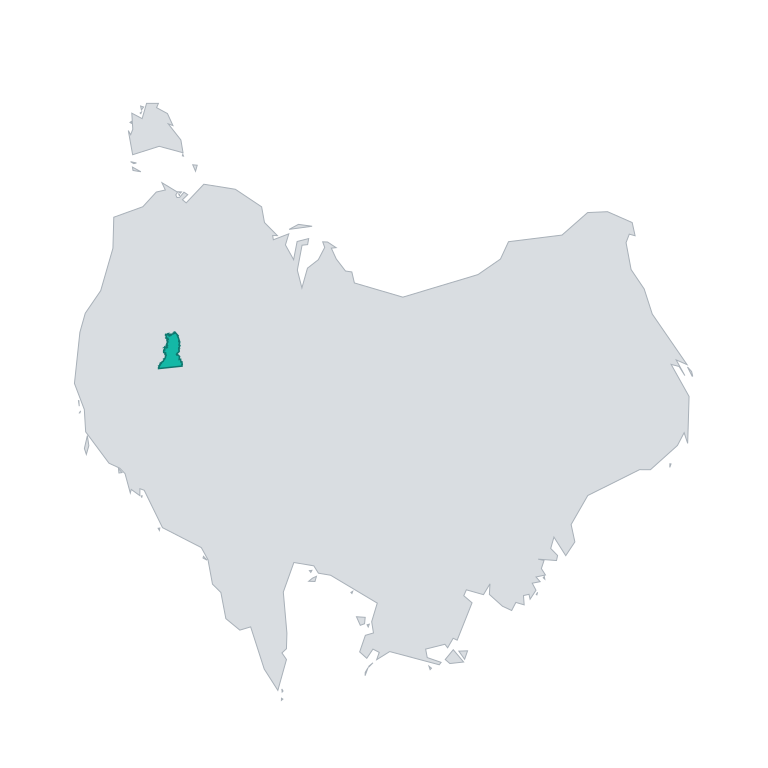 Brewarrina, New South Wales, Australia shown in context, rotated 174°
{"feature_id": "25037944B28138275471855", "entity_name": "Brewarrina", "entity_type": "district", "adm_level": 2, "iso_a3": "AUS", "parent_name": "Australia", "parent_adm1": "New South Wales", "projection": "natural_earth1", "projection_center": [147.252, -29.95], "detail": "fine", "context": "in_parent", "style": "filled", "palette": "teal", "viewbox_px": 768, "rotation_deg": 174, "n_neighbors": 0, "source": "geoboundaries", "source_scale": "gbopen_adm2", "svg_char_len": 7481}
<svg xmlns="http://www.w3.org/2000/svg" viewBox="0 0 768 768"><g transform="rotate(174 384 384)"><path d="M532.9,113.0L542.0,156.4L553.1,154.3L565.8,167.2L568.0,193.7L575.5,202.9L577.4,227.6L582.8,240.4L619.3,264.3L633.6,303.4L637.7,305.4L638.5,298.5L646.4,305.6L647.7,302.1L650.9,321.9L655.6,327.9L665.8,334.0L685.7,367.6L684.7,390.0L691.8,416.9L681.0,467.3L673.7,485.6L656.0,506.4L639.4,547.3L635.3,578.1L605.3,585.5L590.4,598.7L581.2,599.8L583.8,607.4L569.3,596.4L571.3,593.8L570.4,591.1L567.7,591.0L562.9,595.7L559.4,592.8L565.2,588.3L561.8,584.8L542.3,601.5L511.5,593.2L487.2,573.0L486.0,557.1L474.5,542.7L479.2,543.3L479.0,539.0L463.0,543.3L467.5,532.6L460.9,517.1L455.5,534.8L443.7,536.5L445.4,530.6L451.0,530.6L458.3,506.3L455.6,488.1L448.0,507.2L436.3,514.5L428.7,526.0L430.1,531.8L425.3,531.1L417.4,524.6L422.2,524.6L418.4,513.3L410.5,500.4L404.3,498.8L402.9,487.6L356.2,468.4L279.1,483.0L255.1,496.1L245.3,512.5L191.4,513.5L163.6,533.2L143.7,532.0L120.3,518.6L118.8,505.2L124.4,507.4L128.5,499.3L126.3,472.0L115.3,451.3L109.9,425.5L80.6,371.6L90.9,377.4L83.9,360.9L88.7,370.6L96.4,373.5L81.9,339.7L88.2,293.2L90.6,304.2L98.6,292.2L128.0,270.9L138.8,272.1L193.0,251.8L212.6,224.7L210.7,207.0L221.2,194.3L231.0,214.0L235.4,203.0L229.3,195.3L230.9,190.4L249.0,193.7L243.3,191.8L246.8,184.0L243.4,177.2L253.0,176.2L249.4,171.1L257.4,170.4L254.4,163.0L261.2,154.7L261.8,159.7L267.4,159.0L267.7,149.7L275.7,153.0L280.7,145.4L289.4,150.6L301.2,163.7L299.5,174.2L307.1,164.1L323.6,170.7L326.8,165.1L319.3,157.2L338.0,121.6L341.8,123.9L348.3,115.0L350.6,118.8L370.3,116.0L369.6,107.4L356.3,101.2L358.4,99.0L406.3,117.3L420.1,110.6L416.8,117.6L422.7,121.5L429.8,113.0L436.2,120.1L428.8,136.0L420.5,137.5L421.1,148.9L413.6,166.8L457.1,199.4L469.0,202.7L472.8,210.5L492.3,215.9L505.9,187.6L506.6,146.4L508.7,130.9L513.6,127.2L509.8,120.2L521.6,90.4L532.9,113.0ZM559.7,635.0L582.8,643.9L610.0,638.3L611.8,662.8L609.9,658.4L607.2,663.6L606.5,679.7L596.8,673.2L590.8,687.9L579.0,686.7L581.3,682.6L571.1,675.6L566.9,663.1L571.4,665.3L560.5,647.9L559.7,635.0ZM333.9,99.2L347.7,99.1L351.9,103.6L342.9,112.5L333.9,99.2ZM439.0,548.4L462.2,547.7L452.4,551.7L439.0,548.4ZM432.8,146.5L435.7,155.4L427.1,153.9L428.4,147.6L432.8,146.5ZM684.4,363.7L684.0,353.5L687.4,345.1L688.7,351.2L684.4,363.7ZM603.6,620.5L611.3,622.6L611.5,626.0L603.6,620.5ZM332.6,101.8L337.5,110.5L328.8,109.9L332.6,101.8ZM551.3,622.0L546.9,621.1L549.2,615.3L551.3,622.0ZM479.5,195.7L475.4,198.4L471.3,199.8L473.3,194.8L479.5,195.7ZM80.4,369.2L76.8,364.3L76.2,359.7L76.7,359.5L80.4,369.2ZM609.8,629.3L612.8,631.6L607.1,629.7L609.8,629.3ZM653.8,323.3L656.9,323.2L656.9,327.7L653.8,323.3ZM578.4,227.3L582.2,229.9L581.5,231.5L578.4,227.3ZM596.6,681.9L597.0,685.9L594.1,684.6L596.6,681.9ZM689.4,393.8L689.6,399.4L689.2,399.3L689.4,393.8ZM368.8,98.7L366.5,96.4L368.0,95.1L368.8,98.7ZM432.8,99.2L429.5,103.6L433.3,95.9L432.8,99.2ZM690.0,387.1L688.5,389.0L689.5,387.0L690.0,387.1ZM438.7,180.2L436.8,181.1L437.8,179.0L438.7,180.2ZM426.0,146.3L423.7,146.7L425.1,144.0L426.0,146.3ZM108.5,271.2L108.0,274.8L106.9,274.5L108.5,271.2ZM517.5,88.3L517.5,91.4L516.5,89.2L517.5,88.3ZM567.7,592.4L568.3,594.3L567.5,593.7L567.7,592.4ZM428.6,104.9L424.1,107.9L428.7,104.1L428.6,104.9ZM254.6,158.7L253.0,160.8L254.0,158.3L254.6,158.7ZM598.2,679.0L596.8,679.8L597.6,678.3L598.2,679.0ZM477.7,206.2L475.2,206.2L476.5,204.3L477.7,206.2ZM245.9,174.7L244.7,175.9L244.5,173.1L245.9,174.7ZM609.3,670.7L607.3,671.8L607.9,669.6L609.3,670.7ZM519.1,80.1L518.8,82.2L517.5,81.2L519.1,80.1ZM566.6,595.0L568.6,596.7L565.3,596.2L566.6,595.0ZM623.7,264.1L622.0,264.2L622.7,261.8L623.7,264.1ZM637.1,298.1L636.2,298.1L636.8,296.3L637.1,298.1ZM560.7,632.0L560.1,633.5L559.6,631.6L560.7,632.0Z" fill="#d9dde1" stroke="#a8b0b8" stroke-width="1"/><path d="M594.8,456.1L596.0,456.2L596.1,455.8L596.1,455.6L596.2,455.4L596.0,455.2L596.0,454.9L596.0,454.7L596.0,454.8L595.8,454.6L595.7,454.6L595.7,454.4L595.5,454.2L595.6,453.9L595.6,453.7L595.6,453.4L595.6,453.2L595.5,452.9L595.5,452.7L595.4,452.7L595.5,452.7L595.4,452.6L595.5,452.5L595.4,452.5L595.5,452.5L595.5,452.4L595.4,452.3L594.2,452.1L593.9,450.8L595.2,451.0L595.2,450.8L595.2,450.7L595.2,450.4L595.1,450.2L595.2,449.9L595.0,449.7L594.8,449.6L595.0,449.6L594.9,449.4L595.0,449.3L595.0,449.2L594.9,449.1L595.0,448.9L594.9,449.0L595.0,448.9L594.9,448.8L595.0,448.8L595.0,448.7L595.0,448.4L595.2,448.2L595.2,447.8L595.1,447.7L595.3,447.4L595.4,447.2L595.5,447.1L595.4,447.0L595.4,446.9L595.5,446.8L595.4,446.8L595.5,446.8L595.5,446.7L595.5,446.4L595.6,446.2L595.7,445.9L595.6,445.6L595.8,445.7L596.0,445.5L596.0,445.4L595.9,445.2L596.0,445.1L595.9,445.0L596.0,445.0L595.9,444.7L596.0,444.7L595.9,444.6L596.0,444.4L596.0,444.5L596.0,444.4L596.1,444.1L596.0,443.9L596.0,443.7L596.1,443.8L596.1,443.6L596.3,443.5L596.2,443.4L596.3,443.4L596.4,443.5L596.4,443.3L596.6,443.4L596.6,443.6L596.8,443.5L597.0,443.4L597.0,443.2L597.1,443.3L597.3,443.4L597.4,443.6L597.5,443.6L597.9,443.7L598.0,443.7L598.3,443.5L598.3,443.3L598.4,443.5L598.5,443.3L598.7,443.2L598.2,443.1L598.5,441.1L598.6,440.8L598.6,440.7L599.5,440.8L599.8,439.4L599.7,439.1L599.8,438.4L599.0,438.3L599.0,438.2L598.6,438.1L598.7,437.9L598.4,437.3L598.4,437.2L598.1,437.2L598.3,436.9L598.7,437.0L598.8,436.8L598.7,436.6L598.5,436.4L598.6,436.1L598.1,436.0L597.9,435.7L597.6,435.5L597.6,435.4L597.7,435.2L597.9,435.1L598.0,434.9L598.4,434.1L598.5,434.0L598.6,433.9L598.5,433.4L598.6,433.2L598.8,433.0L598.8,432.9L598.9,432.7L599.0,432.5L599.1,432.4L599.1,432.5L599.3,432.4L599.4,432.2L599.6,432.1L599.6,431.9L599.8,431.9L599.7,431.8L599.7,431.7L599.8,431.6L600.0,431.4L600.1,431.2L600.7,430.9L600.7,430.7L600.8,430.4L600.9,430.1L601.1,429.7L601.3,429.7L601.5,429.5L601.7,429.4L601.8,429.4L602.2,429.3L602.3,429.3L602.5,429.2L602.7,428.8L602.9,428.6L603.0,428.5L603.0,428.3L603.1,428.2L603.4,428.0L603.4,427.9L603.6,428.0L603.8,428.1L604.0,428.2L604.0,427.8L604.4,427.5L604.4,427.4L604.5,427.5L604.6,427.4L604.7,427.2L604.8,427.1L604.9,426.7L605.0,426.6L605.0,426.4L604.9,426.4L604.8,426.2L605.0,426.0L605.1,425.9L605.2,425.6L605.3,425.5L605.5,425.5L605.4,425.4L605.6,425.2L605.7,424.9L605.8,425.0L605.9,424.9L606.0,425.0L606.4,423.7L606.5,423.7L606.6,422.9L583.0,422.9L583.0,424.5L582.6,424.5L582.7,427.2L583.1,427.2L583.7,427.2L583.7,429.9L585.2,429.8L584.7,431.9L584.4,432.7L586.1,434.7L586.6,434.5L586.5,434.4L586.8,434.3L587.0,434.4L587.1,434.7L587.1,434.9L587.3,435.3L587.1,435.5L586.8,435.8L586.6,435.8L586.6,436.0L586.4,436.2L586.2,436.3L586.1,436.5L585.8,436.6L585.7,436.7L585.5,436.8L585.4,436.9L585.3,437.0L585.2,437.0L585.0,437.3L584.9,437.3L584.7,437.4L584.7,437.5L584.4,437.8L584.4,438.0L584.2,438.1L584.3,439.4L584.2,439.8L584.3,439.8L584.4,439.7L584.4,439.9L584.3,440.0L584.5,440.0L584.5,440.3L584.4,440.3L584.3,441.3L584.1,441.2L582.9,443.7L583.7,444.1L583.6,444.3L583.8,444.4L583.3,445.6L583.2,445.7L583.0,446.1L583.0,447.2L582.8,447.2L582.8,447.5L583.7,447.6L583.5,448.8L583.1,448.7L583.8,452.2L584.0,452.1L584.4,453.7L583.9,453.8L586.6,457.6L587.4,457.4L587.3,456.8L587.1,456.9L586.8,456.4L587.6,456.2L588.2,456.4L588.2,456.0L590.6,455.5L590.8,455.8L591.7,455.6L591.0,454.6L592.3,454.3L592.4,454.2L592.5,454.2L592.5,454.3L592.6,454.5L592.7,454.8L592.7,454.7L592.8,455.0L593.0,455.0L593.2,455.3L593.3,455.5L593.2,455.6L593.3,455.6L593.2,455.7L593.3,455.8L593.3,456.0L593.4,456.3L593.2,456.4L593.2,456.6L593.3,456.6L593.2,456.7L593.6,456.7L594.1,456.4L594.2,456.2L594.8,456.1Z" fill="#14b8a6" stroke="#0f766e" stroke-width="1.5"/></g></svg>